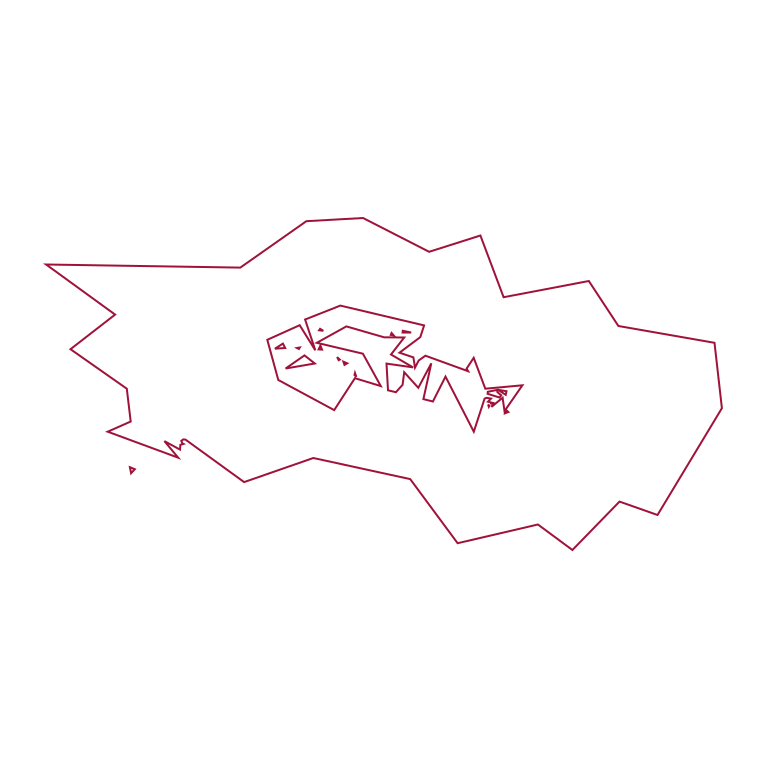 outline of Chepo, Panama
{"feature_id": "35544464B69999703107277", "entity_name": "Chepo", "entity_type": "district", "adm_level": 2, "iso_a3": "PAN", "parent_name": "Panama", "parent_adm1": "", "projection": "orthographic", "projection_center": [-78.725, 9.102], "detail": "medium", "context": "isolated", "style": "outline", "palette": "rose", "viewbox_px": 768, "rotation_deg": 0, "n_neighbors": 0, "source": "geoboundaries", "source_scale": "gbopen_adm2", "svg_char_len": 1942}
<svg xmlns="http://www.w3.org/2000/svg" viewBox="0 0 768 768"><path d="M657.5,515.0L721.9,408.2L714.5,342.8L618.4,326.0L588.8,281.0L503.6,297.2L480.4,235.5L429.1,251.8L363.0,218.0L306.3,221.2L240.3,267.6L46.1,264.5L115.1,314.6L70.5,349.2L126.8,388.7L130.7,421.5L107.7,431.7L178.2,457.7L164.4,441.1L180.0,449.6L180.4,444.8L183.4,443.9L182.4,443.4L181.3,440.9L183.2,439.4L185.5,439.6L244.1,482.1L313.3,458.0L410.2,479.1L457.6,543.2L537.9,524.5L572.4,550.0L619.5,501.6L657.5,515.0ZM334.2,410.1L278.3,380.0L267.3,339.8L299.7,325.2L315.3,350.3L305.1,319.5L340.3,305.6L424.1,325.4L420.3,337.1L399.5,352.7L413.4,357.4L415.0,367.6L418.7,360.5L425.4,355.7L468.1,371.2L466.6,368.6L473.7,357.8L485.3,388.7L522.4,385.3L504.5,411.1L502.6,397.7L491.5,406.9L493.5,403.1L488.0,401.7L491.0,398.6L486.6,397.8L484.6,398.6L473.8,431.7L445.5,376.6L432.9,401.5L423.4,399.1L431.3,363.3L418.3,387.8L404.2,372.2L402.6,384.8L395.9,392.2L388.0,390.3L386.5,363.6L413.1,367.4L391.0,354.5L404.2,337.5L384.1,337.3L346.4,326.4L316.8,342.8L362.9,353.7L380.8,386.1L354.9,378.2L334.2,410.1ZM506.0,409.9L508.3,412.0L505.0,413.3L506.0,409.9ZM493.2,403.7L492.7,403.6L490.1,403.3L492.9,403.1L493.2,403.7ZM489.4,405.8L488.8,406.8L488.1,404.5L489.4,405.8ZM304.5,355.4L285.6,368.5L314.8,363.5L304.5,355.4ZM274.9,348.7L282.9,343.6L285.2,348.0L274.9,348.7ZM497.2,389.9L487.8,391.8L487.6,393.8L499.5,397.5L501.2,395.3L497.4,392.1L497.2,389.9ZM411.2,332.5L402.8,330.8L402.6,332.5L411.2,332.5ZM134.8,469.2L129.9,467.2L131.1,473.2L134.8,469.2ZM506.5,391.2L498.0,389.8L505.7,394.8L506.5,391.2ZM347.2,363.3L343.4,361.7L344.5,364.9L347.2,363.3ZM393.6,335.3L391.6,333.0L390.8,334.9L393.6,335.3ZM322.0,349.6L320.4,345.6L318.6,349.4L322.0,349.6ZM323.3,330.8L320.1,328.8L319.1,330.3L323.3,330.8ZM356.3,376.8L355.0,373.0L354.5,375.0L356.3,376.8ZM299.8,347.5L297.0,348.0L298.9,349.0L299.8,347.5ZM339.8,359.6L337.1,357.1L338.7,360.2L339.8,359.6Z" fill="none" stroke="#9f1239" stroke-width="2"/></svg>